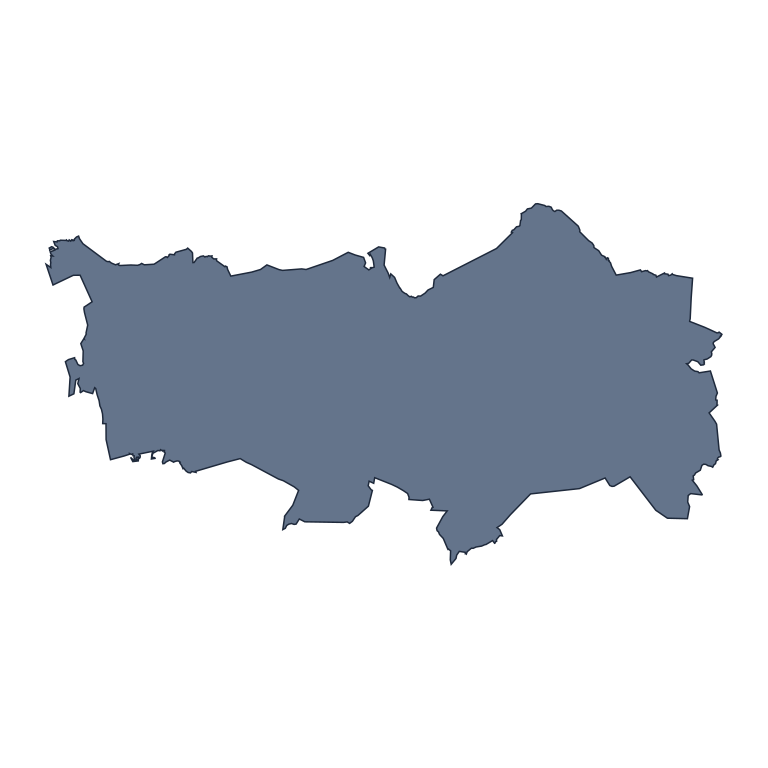 the district of Comonfort, Guanajuato, Mexico
{"feature_id": "50627088B51678062677141", "entity_name": "Comonfort", "entity_type": "district", "adm_level": 2, "iso_a3": "MEX", "parent_name": "Mexico", "parent_adm1": "Guanajuato", "projection": "orthographic", "projection_center": [-100.8, 20.737], "detail": "fine", "context": "isolated", "style": "filled", "palette": "slate", "viewbox_px": 768, "rotation_deg": 0, "n_neighbors": 0, "source": "geoboundaries", "source_scale": "gbopen_adm2", "svg_char_len": 6047}
<svg xmlns="http://www.w3.org/2000/svg" viewBox="0 0 768 768"><path d="M716.6,424.2L714.9,421.2L709.1,412.9L717.4,405.2L717.0,405.1L717.1,400.2L715.8,400.0L715.7,399.4L716.0,396.3L717.4,393.0L710.4,371.0L699.1,372.8L697.9,371.6L694.7,371.1L691.1,368.8L688.2,365.1L686.6,363.7L688.7,363.3L691.6,360.0L693.2,360.0L697.8,361.7L700.8,365.2L703.6,364.8L704.4,364.0L704.0,362.8L704.4,362.2L703.9,360.6L704.0,359.8L707.2,359.0L710.9,356.6L711.7,355.1L711.8,353.5L711.3,351.9L715.1,347.4L713.2,343.8L713.3,342.7L714.3,341.5L718.6,338.9L721.0,336.1L720.5,336.0L721.9,334.3L719.1,332.1L718.1,332.8L716.9,332.9L704.7,327.3L689.1,321.2L689.6,321.2L690.2,318.7L691.2,297.8L692.6,278.2L676.3,275.6L672.5,274.4L672.2,273.8L670.6,275.2L668.5,275.6L668.0,274.2L664.2,273.7L664.3,273.1L656.5,277.0L655.9,275.2L653.3,274.5L653.0,273.9L648.5,271.8L647.5,270.6L646.6,270.9L645.6,270.6L641.6,271.7L640.4,269.9L630.6,272.6L616.2,275.1L611.6,266.3L610.5,262.8L608.7,260.8L609.0,260.4L608.3,260.1L608.4,258.3L607.3,257.8L606.3,259.3L605.5,257.7L604.8,257.3L604.9,256.7L601.6,255.2L598.7,250.7L594.0,247.6L593.8,245.5L592.1,243.0L588.6,240.6L579.7,231.7L579.9,230.2L578.3,226.2L561.4,211.0L558.9,210.2L556.7,210.2L554.9,211.5L553.3,210.7L552.3,209.5L551.2,207.2L548.9,206.3L545.9,206.5L544.8,205.5L537.8,203.7L535.5,203.9L531.4,208.1L527.4,208.9L525.6,211.2L521.1,213.8L521.4,214.3L521.3,219.7L520.6,220.4L519.9,225.6L519.0,226.3L516.5,226.8L513.8,229.8L512.3,230.3L511.3,232.1L512.5,232.7L496.5,248.5L443.0,275.8L440.4,274.2L434.2,279.6L433.3,287.4L428.0,290.0L425.1,293.1L420.6,296.1L418.1,296.0L416.2,297.7L414.5,297.8L413.6,297.1L412.3,297.1L411.4,296.3L409.8,296.8L408.3,295.8L406.4,293.9L404.9,293.4L402.1,291.4L400.1,288.1L399.8,288.1L397.0,283.1L394.6,277.4L390.8,273.9L389.7,277.5L388.1,273.0L384.1,265.1L385.6,249.2L385.0,249.1L384.6,248.0L378.6,246.9L367.9,253.3L369.7,255.5L370.2,254.3L372.2,257.7L373.3,260.8L374.2,267.1L372.1,267.8L371.0,267.5L370.6,267.7L371.1,268.4L368.8,269.9L364.1,266.5L365.6,262.9L363.6,257.4L355.2,255.0L348.2,252.3L332.7,260.4L306.1,269.5L301.7,268.9L282.5,270.4L279.0,269.6L266.9,264.9L260.5,269.5L251.7,272.1L230.8,276.1L227.6,269.4L227.0,266.8L225.4,266.1L224.9,266.7L216.8,260.9L216.4,259.9L216.6,258.9L213.7,258.9L211.8,257.3L212.0,255.9L210.6,256.1L208.4,255.8L207.2,256.7L206.1,256.4L204.9,257.0L203.4,255.9L200.4,256.5L198.1,258.0L197.3,258.0L194.1,262.5L192.9,262.6L192.5,253.0L191.5,251.5L187.7,248.1L186.4,249.3L175.9,252.2L174.6,253.8L174.5,254.8L169.9,254.2L169.0,254.9L169.1,255.5L167.4,257.5L166.4,256.8L165.4,256.8L154.1,264.2L144.3,264.8L141.6,263.4L140.0,264.5L137.6,265.3L130.8,265.0L120.6,265.5L119.2,265.4L118.3,264.7L118.8,263.6L115.5,264.8L111.3,263.0L109.3,261.4L108.2,261.7L106.5,261.3L82.9,243.7L79.5,238.7L78.6,236.1L76.5,237.0L74.5,239.0L74.3,240.3L73.0,240.0L73.1,240.6L72.1,240.5L71.6,239.9L70.7,241.1L69.2,239.9L68.6,241.1L66.8,240.6L66.5,239.9L65.7,240.4L60.3,240.2L59.8,240.8L57.4,240.8L57.1,241.9L53.7,241.5L55.2,245.4L57.5,246.7L58.0,248.6L55.2,249.4L53.0,247.2L51.6,246.7L49.2,248.1L49.6,248.7L49.7,250.2L53.3,248.4L54.3,249.2L54.8,250.1L50.2,251.9L51.0,254.2L52.8,256.0L50.7,255.8L51.1,257.2L50.4,260.4L50.8,262.7L50.5,264.7L50.8,267.5L46.1,264.3L53.0,285.0L73.3,275.3L80.1,275.2L92.1,301.8L84.1,307.1L83.9,308.9L84.5,312.6L87.7,325.1L86.0,333.1L86.3,334.0L84.1,338.2L84.3,338.9L83.9,338.6L80.8,343.6L83.2,350.9L82.9,361.7L83.6,363.3L82.6,365.2L80.1,365.7L77.9,364.5L75.8,360.0L74.9,359.5L74.6,357.7L68.4,359.6L65.4,361.7L70.1,377.1L68.9,396.2L73.9,393.8L75.8,380.1L79.0,378.5L77.8,383.7L80.3,388.5L80.1,392.2L80.6,392.6L83.5,390.6L85.8,391.7L92.6,393.6L94.7,387.7L95.7,388.5L97.1,394.6L99.1,400.7L99.9,405.9L101.4,409.2L102.5,413.8L102.9,419.1L102.7,423.6L106.0,423.7L106.1,439.6L110.5,459.7L124.1,456.0L129.6,454.2L129.5,453.5L131.4,454.4L132.7,453.9L133.0,455.7L134.2,455.9L134.0,457.6L134.9,460.3L133.6,460.2L130.6,457.4L132.8,461.6L136.7,461.1L136.1,458.5L136.6,457.3L138.4,457.1L138.6,457.8L137.9,458.6L137.5,461.0L138.3,460.9L138.4,459.0L139.9,457.8L140.2,456.9L140.2,455.7L138.9,454.1L153.2,451.2L152.4,452.4L151.8,454.9L151.4,459.0L155.0,458.4L154.7,457.7L152.2,457.2L152.0,456.2L152.9,453.3L157.9,450.5L160.0,450.8L160.5,449.7L162.3,450.8L162.1,450.4L164.5,450.5L164.4,452.0L165.2,453.1L162.4,461.9L162.9,463.7L164.4,463.5L166.0,462.0L169.7,460.1L173.7,462.2L174.3,461.7L177.1,460.9L179.0,461.2L180.2,462.2L179.7,462.8L181.7,465.6L183.0,468.7L183.7,468.2L186.1,471.1L188.1,472.5L190.5,472.9L191.7,471.5L196.0,472.4L195.6,471.3L227.1,462.0L240.2,458.6L246.3,462.3L251.5,464.6L278.4,479.0L283.3,480.7L294.3,486.9L298.6,490.4L292.8,505.2L284.2,516.7L284.7,516.4L282.8,529.6L285.3,528.3L286.7,525.5L288.7,524.2L291.5,523.5L294.1,524.4L296.1,524.1L299.3,519.0L304.8,521.8L343.6,522.4L347.2,521.9L349.6,523.4L352.4,521.3L355.5,516.7L357.9,515.5L368.4,506.2L372.4,490.4L371.2,489.8L368.2,485.8L369.1,481.2L373.7,483.3L374.7,477.7L391.6,484.4L397.3,487.1L403.3,490.6L407.6,493.5L409.0,497.2L408.9,499.5L422.7,500.5L429.4,499.2L433.0,507.3L432.1,507.7L430.9,510.2L447.2,510.9L442.8,516.6L436.6,528.0L436.6,528.5L437.1,530.7L438.5,531.9L439.5,534.4L443.3,538.5L447.8,549.1L448.0,549.4L448.4,549.0L450.6,550.8L450.3,559.9L451.2,564.3L456.0,558.5L456.7,555.1L459.3,551.4L465.2,552.3L465.3,553.7L465.7,553.6L466.3,554.1L467.2,551.7L471.4,548.2L473.2,548.3L476.1,547.0L481.6,546.1L485.0,544.6L485.8,544.6L492.6,540.6L494.6,543.3L494.9,543.2L495.6,541.7L496.6,541.3L496.5,539.5L499.7,535.6L502.4,535.9L499.7,529.6L497.0,527.6L502.0,524.3L510.4,514.7L530.6,493.9L579.5,488.6L605.1,478.0L609.8,485.5L612.0,486.4L614.1,486.2L630.1,476.8L655.8,510.3L667.4,518.2L687.4,518.7L689.6,506.6L687.7,502.0L688.2,495.5L690.7,493.6L701.9,494.9L702.2,494.5L696.8,485.8L692.3,480.2L693.7,479.7L693.2,475.9L694.5,475.0L695.6,473.0L700.3,470.2L701.9,465.4L703.6,464.2L705.9,464.4L708.0,465.7L711.3,466.4L712.7,467.2L713.9,464.9L715.5,463.7L716.2,460.9L718.1,459.7L717.4,459.2L717.6,458.2L718.6,457.1L720.0,456.8L720.9,456.1L720.4,453.0L719.1,449.9L716.6,424.2Z" fill="#64748b" stroke="#1e293b" stroke-width="1.5"/></svg>